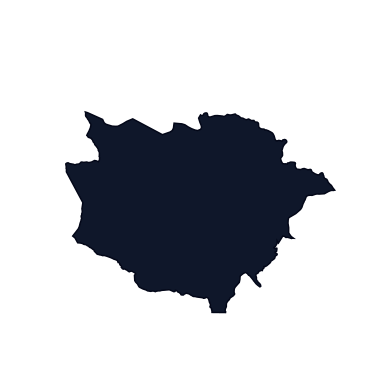 Tlaxco, Puebla, Mexico (orthographic projection), rotated 61°
{"feature_id": "50627088B52665331033665", "entity_name": "Tlaxco", "entity_type": "district", "adm_level": 2, "iso_a3": "MEX", "parent_name": "Mexico", "parent_adm1": "Puebla", "projection": "orthographic", "projection_center": [-98.045, 20.402], "detail": "fine", "context": "isolated", "style": "filled", "palette": "ink", "viewbox_px": 384, "rotation_deg": 61, "n_neighbors": 0, "source": "geoboundaries", "source_scale": "gbopen_adm2", "svg_char_len": 6022}
<svg xmlns="http://www.w3.org/2000/svg" viewBox="0 0 384 384"><g transform="rotate(61 192 192)"><path d="M85.2,235.0L72.1,244.8L70.3,246.5L71.5,246.8L73.3,247.9L74.5,248.2L76.5,247.8L77.4,247.9L79.3,247.6L82.1,247.8L83.6,247.6L84.3,247.8L86.5,249.7L88.8,252.6L90.9,255.9L91.6,256.6L92.1,256.3L93.7,256.2L93.9,255.8L94.3,255.8L94.7,255.5L95.0,255.0L95.6,254.7L95.9,254.2L96.7,254.2L97.9,253.8L100.4,254.1L101.8,253.7L103.4,254.0L104.8,253.8L105.3,253.5L106.5,253.5L106.9,253.3L109.2,253.3L110.2,253.8L111.9,253.7L113.6,254.4L114.3,254.9L114.9,255.1L115.7,255.9L117.1,256.1L119.2,257.5L120.1,259.2L117.9,261.0L117.7,261.6L117.1,262.2L117.2,262.7L117.1,265.4L116.4,267.5L115.7,268.7L114.8,269.4L113.6,272.3L112.4,273.8L112.1,274.6L112.5,275.6L112.7,277.2L111.7,279.7L111.6,280.7L111.4,281.4L110.4,282.1L107.8,285.3L106.5,286.1L106.1,286.9L106.0,287.7L106.1,288.5L106.3,288.8L109.3,289.9L110.2,290.6L111.3,290.8L113.5,292.1L148.4,292.6L153.3,296.4L155.4,297.2L156.5,297.8L157.4,298.8L158.6,299.6L159.2,300.5L159.9,300.9L161.8,301.4L162.3,302.2L163.0,302.7L165.1,305.0L167.6,307.3L169.1,309.3L172.7,317.7L175.4,316.6L181.0,316.6L182.4,314.5L184.0,312.7L184.4,312.5L184.6,312.2L184.9,312.3L185.5,311.8L186.5,310.5L187.3,309.9L188.0,309.7L189.2,308.8L189.7,308.5L190.4,308.5L191.5,307.8L191.8,307.4L194.3,306.4L194.8,306.0L195.5,305.9L196.5,306.1L198.9,305.4L199.9,305.3L200.2,305.0L200.8,304.7L201.9,303.4L202.5,303.0L202.7,302.5L204.5,300.8L204.8,299.7L206.9,297.6L210.0,294.9L212.0,293.4L212.4,293.2L213.2,292.6L213.7,292.0L215.4,290.7L215.8,290.5L217.8,290.8L218.1,290.1L219.4,290.0L220.8,290.3L222.4,289.6L223.2,289.9L223.5,290.3L224.0,290.0L224.8,290.2L225.6,289.9L226.2,289.4L226.5,288.5L227.0,287.9L227.7,287.6L228.4,287.0L230.9,285.9L231.4,285.5L231.5,284.5L231.9,283.1L234.3,281.6L235.6,281.0L236.4,281.0L236.9,282.7L241.7,285.0L243.3,285.0L246.0,284.3L249.0,284.3L249.8,284.1L253.0,281.9L255.4,279.7L256.9,278.8L259.0,276.1L259.2,275.0L260.2,273.4L261.4,272.4L261.5,271.2L262.3,269.0L262.9,268.1L263.3,266.3L266.4,259.4L267.1,258.7L270.4,256.2L270.7,255.3L270.7,255.0L269.9,254.6L270.1,253.8L271.2,253.1L272.5,252.9L273.6,252.0L274.6,251.6L275.3,251.3L276.5,251.4L276.8,251.2L277.7,249.9L277.9,249.3L277.6,248.6L277.6,247.7L277.8,245.9L279.9,243.8L281.8,242.9L282.7,242.2L283.6,241.8L284.2,241.2L284.8,240.1L286.2,238.6L289.1,234.7L289.4,234.1L290.4,233.6L290.7,233.1L291.1,232.0L290.9,230.9L291.5,230.1L292.6,229.4L294.9,229.5L295.4,229.9L296.4,229.9L296.8,230.2L298.8,230.3L299.5,230.5L300.3,231.0L300.7,231.7L301.4,232.0L302.1,231.9L302.8,231.4L304.0,231.5L304.4,232.0L305.5,232.1L307.0,232.9L313.7,221.1L313.1,220.6L312.1,220.7L310.5,219.6L309.0,217.6L306.9,216.4L306.0,215.7L305.5,215.1L304.9,213.6L304.5,213.2L304.4,212.0L303.1,209.9L302.8,206.2L302.1,204.4L301.7,204.1L300.0,203.8L297.5,202.2L296.7,201.3L296.1,200.3L294.0,194.5L291.7,192.5L289.3,191.0L288.8,190.3L288.2,187.1L288.2,185.1L288.3,184.3L289.0,183.8L290.0,183.2L292.3,182.8L293.0,182.2L296.5,181.5L299.0,181.1L299.5,181.2L299.9,181.0L303.2,180.5L305.5,179.7L307.9,178.6L307.8,177.6L306.6,177.1L304.9,177.2L304.0,177.5L303.2,178.0L301.9,177.8L301.1,178.2L300.2,178.1L299.4,177.9L298.1,177.1L296.2,176.7L295.0,176.1L294.8,173.0L294.6,172.8L293.7,172.4L294.1,170.5L294.0,170.1L294.2,169.3L294.8,168.6L293.6,167.3L293.5,166.3L293.0,165.6L292.0,165.3L292.2,164.7L292.7,164.1L292.7,162.3L291.9,158.3L291.5,157.4L290.7,156.4L290.6,154.6L290.2,152.1L289.6,151.3L288.8,150.7L288.4,150.0L288.3,148.4L287.9,147.8L287.5,147.6L286.9,147.8L286.1,148.6L285.6,148.6L284.8,148.5L284.7,148.0L285.0,147.3L284.8,146.7L282.8,145.2L282.2,145.1L282.0,145.6L282.1,146.1L281.9,146.7L281.0,147.4L280.3,147.4L280.2,147.1L280.3,146.0L278.7,143.2L278.1,142.4L276.0,141.2L278.5,141.1L274.5,133.9L275.8,132.6L277.3,131.9L277.8,130.6L279.3,129.0L280.9,127.5L281.1,126.6L281.7,125.6L279.1,126.8L275.9,127.2L274.5,127.2L270.0,124.7L265.9,123.2L263.0,121.4L261.4,119.9L261.2,111.8L259.9,105.6L258.8,103.5L255.9,100.3L255.4,99.4L254.2,98.0L253.8,97.1L251.7,94.7L251.2,93.3L251.4,91.8L252.0,90.5L253.2,88.4L253.9,84.7L254.4,83.5L255.5,81.7L257.7,77.0L257.7,72.6L257.9,70.6L258.3,69.0L259.2,67.6L259.6,66.3L256.5,66.8L253.8,66.9L252.0,67.6L249.9,68.1L248.5,68.1L247.6,67.9L246.2,68.0L244.4,69.3L243.7,69.4L242.9,69.4L242.1,69.0L240.3,68.8L239.4,68.5L238.5,68.7L238.0,69.6L238.0,71.0L238.5,71.9L238.6,72.5L237.8,73.9L235.7,75.6L233.2,77.0L232.3,77.3L230.5,77.0L229.8,77.3L229.4,77.9L229.2,78.8L228.5,80.1L225.9,82.4L225.4,83.6L225.0,86.2L222.8,89.2L221.8,89.4L220.2,89.4L218.4,88.8L217.2,87.7L216.4,87.6L215.7,88.1L214.2,90.3L213.5,91.6L213.6,92.7L213.0,94.4L213.7,95.1L212.7,96.5L212.3,97.4L211.2,98.8L210.5,99.0L209.3,99.0L207.2,98.8L205.4,98.1L204.4,95.8L203.8,95.0L201.4,93.8L199.4,93.3L196.9,90.8L196.1,89.8L195.5,88.6L195.0,87.4L194.5,85.3L193.9,84.7L193.3,84.5L192.2,84.6L191.5,85.0L190.9,85.7L190.5,87.4L190.8,88.0L191.3,88.3L191.2,88.9L190.4,89.3L189.4,90.5L188.9,91.2L188.6,92.6L188.1,93.5L187.0,93.8L186.2,93.8L182.8,93.0L180.6,92.9L179.4,93.1L178.4,93.6L175.3,95.6L173.5,97.2L173.2,98.1L172.2,98.3L171.4,99.2L170.7,100.5L170.1,101.0L168.5,102.0L167.5,102.0L166.3,101.6L164.5,100.7L163.7,100.6L163.0,100.9L162.3,101.3L161.8,102.5L160.8,103.0L159.4,103.2L158.3,105.4L157.2,106.1L156.0,106.8L155.6,107.1L155.1,109.5L154.0,110.5L152.1,111.7L151.0,113.2L148.2,114.3L147.2,115.0L146.6,115.7L146.1,116.0L145.0,116.2L144.7,116.5L143.6,120.5L142.6,122.1L141.5,123.2L141.3,123.7L141.7,125.9L141.4,127.5L140.4,128.5L137.4,132.8L136.3,135.0L135.3,139.7L134.7,140.6L134.0,141.2L133.3,141.3L131.7,140.8L130.7,140.6L130.0,140.8L129.4,141.9L129.2,142.9L129.3,143.7L130.0,144.7L130.2,145.4L129.9,146.3L129.3,146.9L128.7,147.2L130.6,150.4L134.9,151.3L137.7,151.6L140.0,152.2L141.4,154.0L141.0,157.3L139.3,159.3L136.4,161.7L133.4,163.7L129.8,165.6L127.5,167.8L123.1,174.3L127.2,177.3L128.7,179.5L128.9,182.2L127.5,190.1L99.3,208.4L98.6,214.9L98.8,219.3L98.6,224.7L97.7,226.7L95.7,229.9L92.3,233.2L90.7,234.6L88.7,235.3L85.2,235.0Z" fill="#0f172a" stroke="#020617" stroke-width="1.5"/></g></svg>